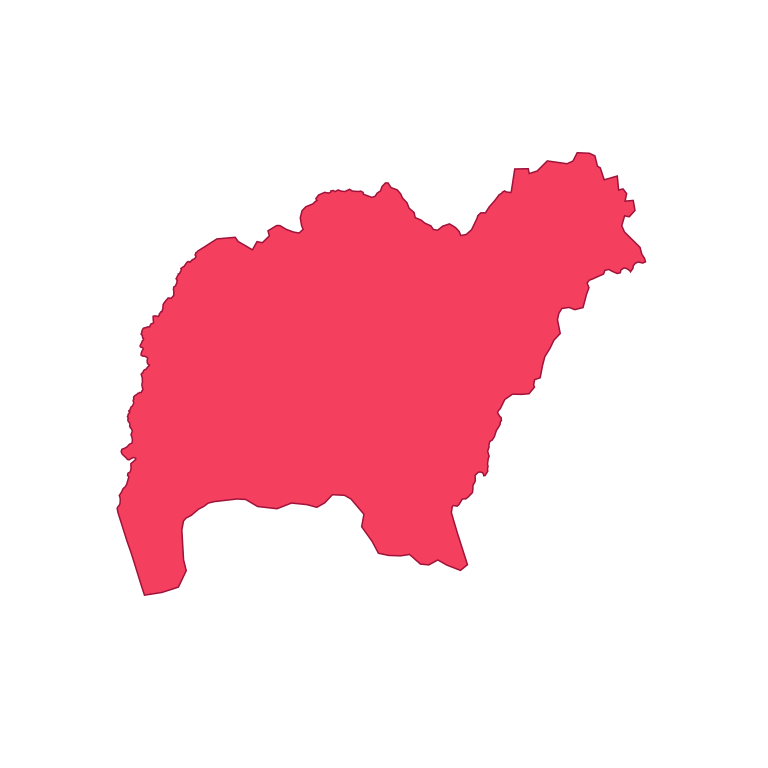 the district of Chelan, Washington, United States of America, rotated 73°
{"feature_id": "52423323B33569460093340", "entity_name": "Chelan", "entity_type": "district", "adm_level": 2, "iso_a3": "USA", "parent_name": "United States of America", "parent_adm1": "Washington", "projection": "albers", "projection_center": [-120.784, 47.904], "detail": "fine", "context": "isolated", "style": "filled", "palette": "rose", "viewbox_px": 768, "rotation_deg": 73, "n_neighbors": 0, "source": "geoboundaries", "source_scale": "gbopen_adm2", "svg_char_len": 6162}
<svg xmlns="http://www.w3.org/2000/svg" viewBox="0 0 768 768"><g transform="rotate(73 384 384)"><path d="M202.5,523.4L203.3,524.4L203.4,525.4L203.5,525.6L204.2,525.7L204.5,526.3L205.3,526.9L205.8,526.9L206.1,526.5L206.6,526.5L207.8,527.0L208.2,527.8L208.8,528.5L209.0,528.9L208.9,530.3L209.5,530.9L209.3,531.4L209.4,531.8L210.3,533.0L210.4,533.7L210.8,533.9L210.8,534.1L209.9,534.9L209.6,535.4L209.6,535.8L210.4,537.5L212.0,539.4L212.4,540.1L213.1,540.7L213.4,542.5L213.8,543.2L214.1,544.4L214.4,544.6L215.1,544.4L215.5,544.5L217.1,545.6L217.2,546.0L217.5,546.4L218.3,546.8L218.6,547.1L218.8,548.0L218.6,548.5L219.3,548.6L220.6,550.3L221.4,550.7L222.3,551.6L222.6,552.1L223.2,551.6L224.1,551.8L224.8,551.5L227.5,553.2L228.1,553.9L229.3,554.6L229.6,556.4L229.9,556.8L232.0,557.7L232.9,557.9L233.8,557.8L234.6,558.1L235.0,558.1L235.3,558.4L236.2,558.7L238.1,559.2L238.4,560.5L239.1,561.1L239.7,562.4L239.8,562.8L239.5,563.2L239.6,563.6L238.9,564.3L238.8,564.7L238.7,565.6L239.4,566.2L239.6,566.6L239.7,567.1L240.9,568.8L241.3,569.1L241.4,569.6L241.9,570.3L243.4,572.0L244.3,572.2L245.5,572.9L246.8,573.1L248.7,574.6L249.5,574.8L249.9,575.4L249.7,576.2L249.9,576.6L250.3,576.8L251.0,578.1L251.3,578.3L252.2,578.6L252.6,579.3L253.5,580.1L253.4,580.4L252.7,581.4L252.6,581.8L251.9,582.9L251.8,584.3L251.6,584.8L252.2,585.2L254.4,585.7L255.3,586.0L257.6,586.3L258.3,586.8L258.4,589.1L259.7,590.6L260.7,591.1L260.8,591.4L260.3,593.4L260.2,593.8L260.5,594.2L260.3,596.0L260.4,596.4L260.3,597.3L260.3,597.7L260.5,598.1L262.1,599.7L263.3,600.4L263.7,600.4L265.1,601.6L265.6,601.7L266.7,601.0L267.2,600.9L268.1,601.2L269.5,601.3L270.0,601.1L270.2,600.7L270.5,600.7L271.6,601.5L272.3,602.8L274.1,604.0L275.1,605.2L276.2,606.1L276.6,606.2L277.5,605.9L277.8,605.6L278.0,605.0L279.3,604.0L279.7,603.9L280.5,604.4L281.6,605.8L282.4,606.2L283.1,606.9L285.3,607.9L286.8,606.6L287.0,606.3L287.1,605.3L287.2,604.9L288.0,604.3L289.0,603.0L289.6,602.5L289.9,602.4L292.6,603.8L293.6,603.9L294.5,604.2L295.7,604.0L296.5,603.6L297.3,602.7L297.7,602.9L298.4,604.4L298.7,605.3L300.3,607.0L300.3,608.4L300.8,609.8L301.5,610.5L302.3,610.9L302.7,611.5L303.0,612.6L303.7,613.4L306.2,613.3L308.6,613.6L309.9,614.1L311.8,614.4L312.2,615.0L314.8,616.0L315.7,615.9L317.1,616.2L318.3,616.0L319.0,616.4L319.4,616.8L319.5,617.3L320.4,617.9L321.1,618.6L321.1,619.1L320.7,620.0L320.8,620.4L321.0,620.8L320.9,622.0L321.7,623.4L322.1,624.9L322.1,625.4L322.6,626.1L322.9,626.9L323.7,627.4L325.6,627.8L326.1,628.6L326.5,628.8L328.3,628.8L329.2,629.0L331.3,630.8L331.7,631.6L332.0,632.6L334.4,634.5L334.7,634.9L334.9,635.7L335.3,636.0L335.6,635.9L336.2,635.3L336.7,635.3L337.0,635.7L337.6,636.8L338.4,637.7L339.3,638.0L340.3,638.9L342.0,638.5L342.8,639.3L344.7,639.6L346.7,638.8L348.7,638.8L349.9,639.6L351.4,639.3L351.8,639.4L352.6,638.7L355.3,638.4L358.6,640.8L361.6,640.6L364.6,641.2L366.8,642.3L367.2,645.1L369.1,648.4L369.7,651.5L369.8,653.8L371.8,655.1L374.1,655.0L376.3,653.9L379.7,651.9L381.1,651.5L382.0,649.9L381.4,647.6L381.0,644.9L382.4,643.2L383.4,643.4L384.4,645.3L386.2,649.4L390.2,650.4L392.1,651.2L394.0,652.7L394.5,655.0L396.5,656.0L397.4,655.4L398.2,655.2L404.5,659.3L406.5,661.2L407.7,664.0L410.6,666.6L413.3,669.8L415.2,669.6L417.7,670.1L421.3,671.5L422.6,672.7L423.5,674.2L424.8,675.5L428.9,676.0L459.7,675.7L471.2,675.2L480.5,675.1L504.2,675.0L515.9,674.8L518.4,657.5L518.1,640.0L504.7,627.7L493.6,627.1L464.5,620.0L456.4,615.8L454.3,612.4L453.3,606.8L449.5,598.1L448.4,592.2L446.5,586.9L446.9,580.4L451.0,558.2L454.0,550.0L464.2,540.7L472.0,522.8L470.8,507.3L476.9,492.8L482.3,484.3L480.3,475.4L474.8,465.7L478.9,454.3L484.3,449.2L502.7,441.3L514.0,447.1L531.0,441.4L544.2,438.8L549.3,429.7L553.2,418.3L554.5,409.4L566.9,401.8L570.1,394.0L568.0,384.0L575.7,376.7L584.6,365.4L581.2,357.0L547.7,357.4L526.7,357.2L521.1,354.5L520.5,352.9L521.5,351.3L522.2,349.7L521.1,347.4L517.0,342.9L517.3,340.6L517.8,339.5L516.6,336.4L513.8,331.3L511.2,330.0L506.8,328.5L504.8,326.2L503.1,324.9L498.0,323.6L495.9,319.6L496.5,317.2L497.7,315.6L499.3,315.3L500.9,315.4L501.1,314.1L497.8,310.3L495.7,309.9L492.9,308.5L491.0,308.5L485.8,306.1L483.9,304.6L478.5,304.5L475.1,302.0L472.9,301.5L469.8,299.5L469.3,297.0L466.7,293.9L461.3,290.1L458.3,286.5L456.4,284.7L454.3,283.9L453.3,282.4L450.3,281.8L449.0,282.7L444.8,283.8L443.0,282.5L441.6,280.0L434.1,273.0L431.3,264.1L434.2,255.3L435.7,248.2L431.0,241.0L428.8,241.2L423.9,238.7L423.7,232.8L412.5,226.9L404.9,222.2L398.5,214.9L391.8,208.7L387.2,200.7L373.2,199.3L367.5,196.1L363.8,191.8L364.9,184.6L368.7,179.8L369.1,171.3L357.6,164.2L351.8,159.8L346.8,160.3L344.8,157.3L344.5,153.4L343.0,141.8L339.9,139.6L340.2,135.5L343.0,132.8L346.5,128.7L346.7,125.5L344.2,124.1L343.2,120.3L345.1,117.6L348.2,115.4L348.7,115.4L346.3,112.2L343.9,111.1L342.0,108.3L341.7,105.2L344.0,101.1L343.6,98.2L340.0,98.1L335.4,99.5L328.2,99.2L308.9,109.6L302.2,110.4L293.5,104.7L295.8,100.6L291.4,93.2L281.3,92.0L279.6,100.0L272.9,96.3L267.3,98.4L267.1,102.9L253.3,100.1L253.1,113.7L240.5,114.0L238.1,116.2L227.5,115.6L223.4,120.1L219.3,131.6L226.0,138.1L226.9,144.5L218.4,162.6L225.1,175.3L225.2,183.6L220.3,183.1L216.6,196.1L237.6,206.2L237.9,206.9L236.0,211.1L234.6,212.2L235.1,214.6L236.1,215.9L236.6,218.4L241.0,224.5L245.4,231.6L250.0,237.0L248.6,241.3L250.5,245.1L252.7,246.5L262.1,255.2L265.1,261.8L264.4,267.2L260.1,267.5L255.1,270.0L250.0,274.6L250.2,281.8L252.6,287.7L250.7,291.6L246.5,292.9L242.0,298.0L238.2,300.5L234.0,305.5L228.7,305.1L223.2,308.6L217.5,309.0L211.6,311.9L207.0,312.5L202.2,314.6L198.2,319.9L193.0,321.3L192.1,323.8L194.6,328.2L198.3,330.9L199.5,334.9L201.8,337.4L202.0,341.0L196.6,348.1L194.7,348.0L192.8,349.7L192.5,351.8L191.2,355.5L190.2,357.9L187.7,360.0L188.5,365.0L187.1,368.5L185.0,371.1L185.7,374.5L184.1,376.0L183.8,378.3L184.8,378.8L185.3,380.5L184.9,381.8L183.4,384.6L184.1,391.2L186.7,394.9L188.3,394.8L188.9,394.4L189.6,396.9L191.0,399.5L191.6,406.8L194.3,411.7L200.6,415.5L208.4,416.5L212.4,416.1L214.8,421.0L212.3,426.0L207.5,432.3L202.0,437.3L201.1,440.4L203.6,450.2L208.8,450.3L213.3,459.0L210.7,463.8L217.2,470.6L205.1,481.8L200.2,483.4L196.4,501.4L202.5,523.4Z" fill="#f43f5e" stroke="#9f1239" stroke-width="1.5"/></g></svg>